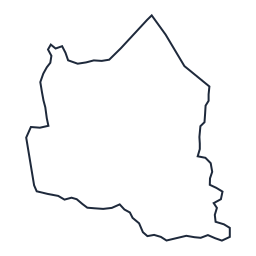 Dom Macedo Costa, Bahia, Brazil (Mercator projection)
{"feature_id": "56859067B72952636719234", "entity_name": "Dom Macedo Costa", "entity_type": "district", "adm_level": 2, "iso_a3": "BRA", "parent_name": "Brazil", "parent_adm1": "Bahia", "projection": "mercator", "projection_center": [-39.172, -12.907], "detail": "fine", "context": "isolated", "style": "outline", "palette": "slate", "viewbox_px": 256, "rotation_deg": 0, "n_neighbors": 0, "source": "geoboundaries", "source_scale": "gbopen_adm2", "svg_char_len": 1078}
<svg xmlns="http://www.w3.org/2000/svg" viewBox="0 0 256 256"><path d="M36.7,191.3L48.0,194.0L58.2,195.9L64.5,199.6L71.5,197.7L76.7,199.2L82.4,204.0L87.3,207.7L94.7,208.3L103.2,208.9L111.8,207.9L119.7,204.4L124.4,209.5L129.9,212.5L132.6,217.9L139.1,223.3L142.9,232.2L147.4,236.1L154.1,234.9L160.9,236.9L166.5,240.5L186.3,235.8L194.4,237.2L200.7,237.8L207.9,235.1L215.1,238.2L221.9,240.6L229.8,236.9L229.8,227.9L223.9,224.3L215.6,221.8L214.8,214.9L216.9,207.9L213.7,203.1L220.9,199.2L222.5,191.6L216.2,187.8L209.8,184.8L210.0,178.4L212.2,171.8L210.7,163.2L205.4,157.8L197.7,156.3L199.8,149.1L199.8,143.6L199.4,137.0L200.4,126.2L204.5,122.2L205.1,113.8L205.6,105.6L208.6,100.8L208.6,94.4L209.4,86.5L184.4,66.1L165.6,34.6L151.7,15.4L147.1,19.9L120.9,48.2L109.2,59.7L101.7,60.9L93.8,60.4L86.1,62.4L77.7,63.7L68.1,60.3L65.5,52.8L62.1,46.2L55.6,48.5L50.8,44.6L48.0,49.5L51.4,55.8L50.3,62.8L46.8,67.3L43.3,73.6L40.3,82.1L42.0,92.4L43.5,100.5L45.3,107.3L46.8,118.3L48.4,125.8L39.9,127.7L30.9,127.0L26.2,137.6L34.1,185.3L36.7,191.3Z" fill="none" stroke="#1e293b" stroke-width="2"/></svg>